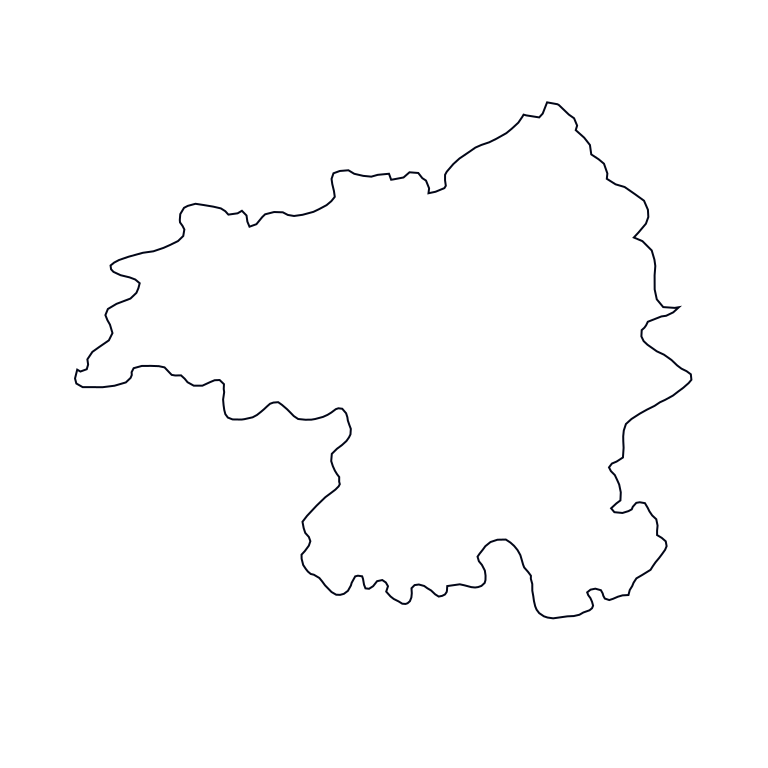 Horki, Mogilev, Belarus (Equal Earth projection), rotated 352°
{"feature_id": "67162791B10713618148259", "entity_name": "Horki", "entity_type": "district", "adm_level": 2, "iso_a3": "BLR", "parent_name": "Belarus", "parent_adm1": "Mogilev", "projection": "equal_earth", "projection_center": [30.973, 54.207], "detail": "fine", "context": "isolated", "style": "outline", "palette": "ink", "viewbox_px": 768, "rotation_deg": 352, "n_neighbors": 0, "source": "geoboundaries", "source_scale": "gbopen_adm2", "svg_char_len": 5244}
<svg xmlns="http://www.w3.org/2000/svg" viewBox="0 0 768 768"><g transform="rotate(352 384 384)"><path d="M686.7,349.0L682.5,349.1L671.2,346.7L665.9,338.1L665.2,328.0L667.1,314.0L669.1,304.9L669.1,298.6L667.7,289.0L659.8,278.5L651.8,273.7L657.1,269.4L665.7,261.7L669.0,255.4L669.6,248.2L667.0,238.7L659.0,231.0L649.7,222.4L641.1,218.5L633.2,211.8L634.5,206.6L632.5,196.5L627.8,191.3L621.2,185.5L621.2,176.0L616.5,167.9L609.2,159.3L611.2,155.0L609.2,147.3L604.6,143.0L596.0,132.1L594.7,131.1L584.7,127.8L578.8,138.3L574.8,141.6L562.3,137.8L559.7,136.7L558.3,138.5L553.4,143.9L546.0,149.0L540.1,152.6L529.4,156.8L521.8,159.3L513.8,160.8L507.4,162.6L500.7,166.0L490.1,171.2L483.3,175.8L475.7,182.5L473.6,185.3L472.8,190.8L472.8,196.3L471.1,198.4L461.8,200.8L454.6,201.3L455.9,196.5L453.9,188.4L450.6,185.5L447.3,179.8L438.7,177.9L432.1,182.2L421.5,182.7L419.5,182.7L418.2,176.5L406.9,176.0L400.3,176.9L392.4,175.0L383.8,171.7L378.5,167.4L369.9,166.9L363.3,168.3L360.6,173.6L360.6,178.8L361.3,186.0L361.3,191.8L357.3,195.6L352.0,198.9L344.1,201.8L338.1,203.7L326.9,205.1L318.3,205.1L312.3,203.2L307.7,199.9L299.1,198.4L289.9,199.4L286.6,201.8L279.9,208.0L272.7,209.5L271.3,204.2L271.3,198.0L267.4,192.7L262.8,194.6L253.5,194.6L252.9,193.8L250.9,190.8L246.9,187.4L239.6,184.6L230.4,181.7L222.4,179.3L214.5,180.3L210.5,181.7L205.9,187.4L204.6,193.2L204.5,195.6L206.5,199.4L207.8,203.2L205.8,209.5L199.9,213.8L191.3,216.6L184.7,218.5L174.1,220.5L163.5,220.5L148.9,222.4L139.0,224.3L133.7,226.2L129.7,228.6L129.7,232.4L131.7,235.3L138.3,239.6L146.9,243.0L152.2,245.9L156.1,250.2L154.1,255.0L151.5,259.3L144.8,264.1L130.3,267.4L121.0,271.3L117.7,277.0L119.0,282.3L120.9,287.1L122.2,295.8L117.6,302.5L107.0,307.8L99.7,311.6L93.7,318.3L93.7,323.6L91.7,328.0L85.1,329.4L82.2,327.1L78.8,335.5L79.4,340.7L85.2,345.2L98.0,347.0L104.7,348.0L116.9,348.2L128.6,346.5L133.9,342.7L135.5,340.0L135.7,337.2L138.3,333.5L146.8,332.4L156.2,333.7L163.5,335.0L169.0,337.0L172.9,342.5L175.0,345.4L178.4,346.5L184.2,347.2L187.4,351.1L189.7,354.9L195.4,359.2L203.9,360.4L212.2,357.9L216.8,356.7L221.8,357.2L225.5,361.9L224.6,366.6L224.6,369.8L222.5,377.0L222.2,382.5L222.2,387.5L222.7,391.8L224.7,395.5L229.1,398.0L238.1,399.4L240.8,399.4L249.3,398.7L253.9,397.0L258.5,394.3L261.8,392.2L265.2,389.8L268.4,387.7L271.9,387.0L276.7,387.3L280.1,390.5L284.5,395.5L287.5,399.5L290.2,403.2L294.1,406.7L301.0,408.4L307.0,409.2L310.9,409.1L319.0,408.1L323.8,406.7L327.9,404.9L332.8,402.2L335.5,401.7L339.2,402.7L342.4,407.7L343.1,411.8L343.1,415.1L344.0,419.8L344.9,423.8L343.8,429.2L341.9,432.0L338.9,435.2L333.9,438.6L328.4,441.6L322.6,445.9L321.0,453.0L321.9,458.2L323.3,463.0L324.9,466.7L326.7,469.9L326.0,474.5L326.3,477.0L324.9,479.0L321.2,481.8L315.7,484.9L310.2,487.9L300.3,495.1L289.4,503.9L284.1,509.1L284.4,515.5L285.3,520.5L288.3,525.0L289.2,529.4L287.1,533.6L282.3,538.5L278.6,541.5L278.1,545.6L278.8,552.0L280.8,556.2L282.5,559.1L283.2,559.9L285.0,561.9L288.0,563.1L293.0,567.1L295.3,570.9L297.6,575.2L303.1,582.7L307.3,586.0L311.2,586.7L315.1,586.2L319.5,583.8L323.2,578.9L324.3,576.4L328.7,570.5L331.5,570.2L335.6,571.4L336.1,574.1L336.3,580.0L337.2,583.8L340.7,584.7L345.1,582.7L349.7,578.3L355.0,577.9L358.2,580.8L359.8,584.8L357.3,589.9L360.9,595.3L363.7,598.2L368.3,601.4L371.5,604.1L374.7,604.8L376.8,604.4L379.4,602.7L381.4,599.2L382.4,595.1L382.8,590.1L386.3,587.4L390.6,587.4L395.7,589.6L398.5,592.3L401.9,595.0L405.4,599.4L408.6,602.1L412.1,601.9L415.1,600.9L417.1,598.7L417.6,597.3L418.5,592.9L425.4,592.9L431.2,592.9L435.5,594.5L442.2,597.3L445.9,598.2L448.9,598.2L452.4,597.5L456.0,595.0L457.2,592.3L457.9,587.9L457.9,582.8L455.8,576.8L453.3,572.7L452.6,568.0L455.1,565.3L458.8,561.8L461.8,558.7L467.5,555.3L474.7,554.0L483.0,555.0L487.1,558.6L490.3,562.4L493.1,567.0L495.2,572.4L495.9,577.1L496.6,582.2L497.3,585.2L500.5,590.1L502.8,594.3L502.3,597.3L503.0,602.7L502.1,609.3L502.3,614.9L502.3,619.8L502.8,625.2L503.7,628.7L505.8,632.5L510.0,636.3L513.4,638.0L518.9,639.6L527.0,639.6L533.2,639.6L539.7,640.2L545.4,639.7L549.6,638.0L556.0,636.7L558.8,635.0L560.2,632.6L559.7,628.6L558.6,624.7L556.9,621.6L556.2,618.6L559.9,616.4L564.8,616.1L570.1,618.4L571.4,621.8L571.7,624.2L572.8,627.2L577.0,629.3L580.9,628.6L586.0,627.2L590.8,626.5L596.7,627.0L598.7,622.2L601.7,618.6L603.5,615.5L606.9,611.6L613.0,609.1L617.1,607.3L622.1,605.1L624.7,602.0L628.0,598.4L632.2,594.6L635.6,591.2L639.3,587.3L641.3,583.9L641.1,579.0L637.6,575.0L633.4,571.6L634.0,567.3L635.2,562.3L634.8,555.8L631.3,551.5L629.1,547.0L627.9,543.3L625.8,538.3L620.8,536.7L617.3,536.8L613.3,540.2L611.9,542.6L608.4,543.9L602.2,544.9L594.3,543.0L591.6,538.7L597.5,534.6L601.9,532.2L602.5,529.1L603.4,524.2L602.9,516.3L601.5,511.4L599.9,506.3L596.6,501.9L595.2,497.9L598.6,494.5L603.5,493.2L610.4,490.0L612.4,480.5L613.0,473.9L613.6,469.1L615.0,463.4L618.0,457.3L624.2,453.1L633.3,448.9L640.8,446.0L648.9,443.3L654.7,440.5L660.0,438.9L668.5,435.7L674.3,432.4L680.0,429.3L682.4,427.7L685.8,425.5L689.0,422.6L689.2,417.1L685.4,413.4L680.7,410.2L676.9,406.4L672.0,400.2L665.3,393.9L658.7,389.6L655.0,386.1L650.4,381.8L647.1,377.7L645.5,372.7L646.7,366.5L649.7,364.5L651.7,362.4L653.9,359.1L668.1,355.7L672.9,355.7L680.4,353.3L686.7,349.0Z" fill="none" stroke="#020617" stroke-width="2"/></g></svg>